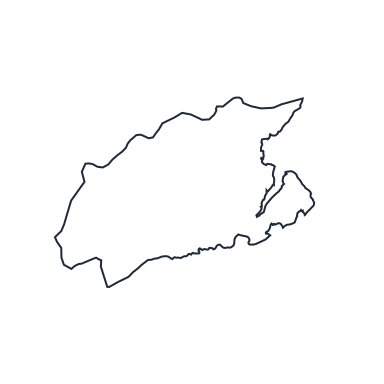 Ndian, Sud-Ouest, Cameroon (Natural Earth projection), rotated 230°
{"feature_id": "32672807B48556267066765", "entity_name": "Ndian", "entity_type": "district", "adm_level": 2, "iso_a3": "CMR", "parent_name": "Cameroon", "parent_adm1": "Sud-Ouest", "projection": "natural_earth1", "projection_center": [8.796, 4.86], "detail": "fine", "context": "isolated", "style": "outline", "palette": "slate", "viewbox_px": 384, "rotation_deg": 230, "n_neighbors": 0, "source": "geoboundaries", "source_scale": "gbopen_adm2", "svg_char_len": 4088}
<svg xmlns="http://www.w3.org/2000/svg" viewBox="0 0 384 384"><g transform="rotate(230 192 192)"><path d="M201.6,317.0L204.1,308.9L206.0,306.0L211.9,298.4L218.3,293.5L220.6,291.9L227.2,288.5L231.6,289.8L233.8,289.0L236.3,286.1L237.3,283.4L237.5,276.4L237.6,270.5L239.0,269.0L241.5,266.1L240.2,263.7L238.7,263.0L236.9,258.5L236.8,255.3L236.6,251.8L240.8,246.2L252.2,240.9L259.0,235.3L260.4,226.3L261.9,220.4L262.5,218.0L263.6,213.4L261.2,206.8L260.7,204.2L260.3,202.3L258.9,197.1L261.1,193.3L263.8,192.1L268.7,189.7L271.4,186.0L271.3,181.0L271.3,178.0L270.3,173.5L268.4,170.0L267.8,164.3L268.1,158.8L268.0,152.0L266.9,145.6L268.1,139.5L272.1,135.8L277.0,133.9L280.1,131.5L282.2,128.5L278.3,120.6L268.9,116.2L263.1,93.9L253.7,79.6L249.6,73.5L246.1,66.8L245.5,58.0L240.8,56.6L233.2,55.9L227.8,51.5L225.6,49.8L219.7,47.5L218.6,47.1L210.6,50.2L210.7,54.7L209.7,58.8L208.1,61.3L204.1,74.2L203.3,76.3L199.5,77.7L198.1,78.6L193.4,74.2L173.8,66.1L172.5,67.5L170.6,77.5L169.4,82.3L167.8,88.9L168.5,95.4L168.3,100.0L168.3,102.5L168.6,106.5L168.3,112.2L168.3,114.3L166.2,117.4L165.0,120.6L163.5,122.7L163.2,123.6L162.7,125.0L161.9,127.4L159.8,130.6L157.9,132.2L153.5,133.6L153.2,134.1L153.4,135.6L153.2,136.8L151.8,137.7L150.8,139.1L148.7,140.9L147.8,144.7L146.8,145.8L146.3,147.6L146.7,149.5L146.3,150.2L144.6,151.1L145.0,152.8L144.7,153.7L143.8,153.9L140.5,157.7L140.6,158.5L141.1,159.0L143.0,159.3L144.0,160.8L143.8,161.7L142.9,161.5L142.2,162.4L141.4,162.4L140.7,163.0L140.5,164.7L138.1,166.6L137.5,167.8L138.0,169.1L137.6,170.0L135.6,171.6L134.3,171.5L133.8,172.8L133.9,173.8L134.9,176.6L134.6,178.3L133.8,179.5L129.5,180.1L128.0,181.2L126.4,184.0L125.3,184.9L124.6,186.1L124.4,187.7L124.5,189.8L125.6,191.4L128.5,194.2L129.5,196.4L129.7,200.1L126.5,202.3L123.2,205.0L121.6,205.8L119.7,205.9L117.9,204.9L117.0,202.7L115.7,202.1L114.5,202.6L112.3,205.1L112.2,205.3L111.0,207.9L109.3,214.2L108.3,218.1L108.6,224.0L111.0,223.4L111.6,223.2L112.0,222.7L112.5,221.9L113.6,222.6L113.5,223.6L113.2,225.2L113.7,227.1L114.7,229.0L116.4,231.3L116.7,232.7L115.9,232.9L114.8,232.7L114.6,233.2L114.9,233.8L114.6,234.6L114.0,234.4L113.5,234.9L112.8,237.3L112.7,237.9L111.8,238.9L110.7,239.5L107.6,239.2L106.2,238.7L106.4,240.9L105.8,243.8L104.5,245.7L103.4,248.1L102.7,251.2L105.3,255.6L105.9,257.1L106.6,257.4L108.2,259.6L108.0,260.4L108.3,261.3L107.7,263.1L108.1,264.0L106.8,264.0L106.5,264.8L105.7,264.0L103.0,264.3L101.9,263.6L101.8,264.5L102.5,266.4L103.4,276.2L104.2,277.6L105.6,278.9L106.3,279.0L107.8,279.3L108.4,279.8L111.8,279.6L113.9,281.2L114.2,282.2L116.3,282.7L118.4,282.5L122.2,281.4L123.9,281.8L127.3,281.5L130.3,282.2L135.4,282.2L138.5,283.2L139.0,283.1L140.6,282.9L142.6,282.3L144.2,281.3L146.9,277.2L147.2,276.4L146.4,275.6L145.0,276.1L144.9,275.5L145.5,275.0L145.0,272.8L145.1,271.9L142.1,268.3L141.1,268.2L139.7,267.5L139.0,267.6L138.8,264.5L138.1,264.0L137.2,262.5L137.4,261.9L136.6,258.4L136.7,255.9L136.3,249.5L134.9,241.4L133.8,238.8L130.9,234.8L130.5,233.9L131.0,229.9L130.6,228.3L131.0,227.7L131.2,225.8L132.8,226.4L133.2,231.1L134.1,233.9L135.2,235.2L136.4,235.2L136.2,236.2L136.5,236.7L138.7,238.0L139.2,239.0L140.3,241.2L139.8,242.4L142.2,245.8L143.0,248.3L145.3,250.2L143.8,250.1L143.7,250.4L144.5,255.7L145.4,258.2L145.2,258.9L144.6,259.2L145.8,260.0L148.2,262.7L150.5,264.1L152.2,264.3L153.0,264.8L154.1,266.2L154.9,266.7L158.3,271.8L160.4,271.4L161.1,270.7L162.3,270.5L163.6,269.1L164.6,268.4L165.2,267.5L164.9,266.2L167.4,264.9L170.0,264.8L171.1,265.9L171.4,267.1L172.0,266.3L173.2,266.4L173.5,266.9L172.6,267.1L172.5,267.9L173.3,270.0L176.1,271.7L177.0,272.7L177.8,272.8L179.2,271.3L181.9,273.7L183.1,276.3L185.2,277.3L185.5,277.1L187.3,279.5L184.6,283.8L183.7,283.8L183.6,284.8L184.2,287.0L185.6,288.2L186.0,289.1L184.3,289.5L183.2,290.3L181.7,292.1L181.6,294.6L182.0,296.0L182.7,296.6L182.4,297.3L181.8,298.2L182.1,300.3L183.5,303.5L184.1,307.3L183.9,310.3L184.1,311.7L185.3,314.8L186.0,317.8L187.6,320.8L188.0,322.4L187.4,325.7L187.0,327.9L187.1,329.3L187.7,330.1L188.9,330.6L190.6,334.5L192.5,336.9L201.6,317.0Z" fill="none" stroke="#1e293b" stroke-width="2"/></g></svg>